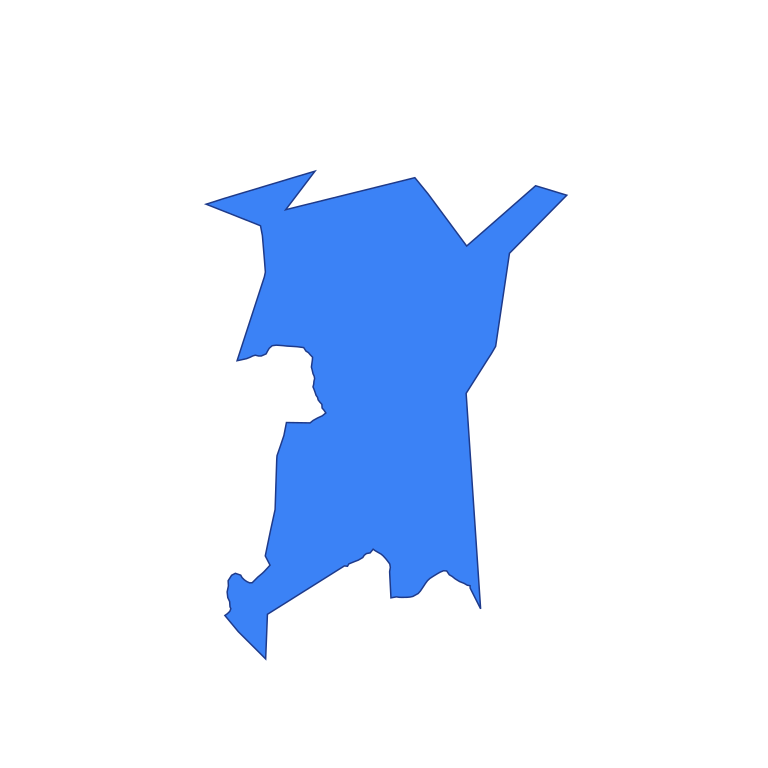 outline of São João do Piauí, Piauí, Brazil, rotated 241°
{"feature_id": "56859067B41034930861152", "entity_name": "São João do Piauí", "entity_type": "district", "adm_level": 2, "iso_a3": "BRA", "parent_name": "Brazil", "parent_adm1": "Piauí", "projection": "equal_earth", "projection_center": [-42.318, -8.328], "detail": "fine", "context": "isolated", "style": "filled", "palette": "blue", "viewbox_px": 768, "rotation_deg": 241, "n_neighbors": 0, "source": "geoboundaries", "source_scale": "gbopen_adm2", "svg_char_len": 2043}
<svg xmlns="http://www.w3.org/2000/svg" viewBox="0 0 768 768"><g transform="rotate(241 384 384)"><path d="M627.5,315.6L582.3,352.7L572.8,349.6L551.2,339.9L539.4,334.5L535.7,331.3L488.1,280.2L475.6,266.8L474.3,271.0L472.8,276.1L472.3,279.9L472.2,282.7L471.6,285.4L469.3,287.9L468.0,290.2L467.5,295.5L469.3,298.2L470.9,301.0L471.7,304.8L470.2,308.6L468.4,311.4L466.5,314.3L464.3,317.4L461.5,321.8L458.8,326.0L456.8,328.7L454.8,331.4L450.6,331.7L448.1,333.1L445.1,333.7L442.1,334.5L439.6,332.9L437.2,331.1L434.0,328.7L431.5,328.1L427.4,326.9L424.6,326.7L422.3,325.9L420.4,324.1L417.9,322.4L415.9,320.5L413.2,320.2L410.1,319.7L407.0,319.1L404.5,319.4L402.1,318.7L399.3,319.1L396.3,319.8L393.0,318.2L390.2,318.8L386.9,319.1L386.1,314.6L386.5,309.5L386.5,304.4L385.8,300.5L397.6,280.0L387.5,271.5L380.1,263.4L373.2,255.7L370.0,253.6L341.9,236.8L327.0,227.9L322.8,224.2L312.0,214.7L306.9,210.3L291.2,196.8L280.8,196.5L279.6,193.0L278.0,188.1L277.3,185.3L276.3,180.0L274.1,172.4L275.2,170.1L277.6,168.3L280.4,166.9L283.5,166.0L286.3,166.0L290.5,162.2L290.6,158.0L287.5,152.3L282.8,150.0L278.2,146.0L272.9,143.8L268.5,143.5L263.8,141.3L261.7,141.1L259.9,138.9L259.0,135.4L258.7,132.6L238.0,136.5L200.9,147.2L239.1,170.4L243.4,248.6L244.1,261.2L242.3,263.7L243.7,266.0L242.9,272.7L242.4,276.1L242.5,281.3L243.8,283.7L244.2,286.5L243.0,290.0L244.8,294.4L242.4,295.5L236.6,299.0L234.2,299.9L230.5,300.8L228.1,301.2L223.8,301.8L220.5,300.6L217.1,297.9L193.6,286.4L191.8,291.7L190.2,293.7L188.8,296.0L186.2,300.9L185.0,303.6L184.2,306.3L184.2,312.3L185.3,315.5L187.6,320.0L189.5,323.6L190.9,326.7L191.7,329.9L192.0,334.3L192.2,339.1L192.2,342.1L191.8,345.6L190.1,348.2L185.5,348.6L182.7,350.3L179.2,351.7L174.6,354.3L170.8,357.4L167.6,359.3L165.9,361.5L163.7,360.4L140.5,359.5L336.0,451.3L355.1,486.3L358.3,492.3L362.8,499.9L437.5,557.1L460.5,635.4L483.9,612.7L470.3,549.8L464.6,523.2L529.0,514.7L549.5,511.0L565.1,453.1L580.5,396.0L584.1,382.5L603.6,426.8L607.1,411.0L623.8,334.1L627.5,315.6Z" fill="#3b82f6" stroke="#1e3a8a" stroke-width="1.5"/></g></svg>